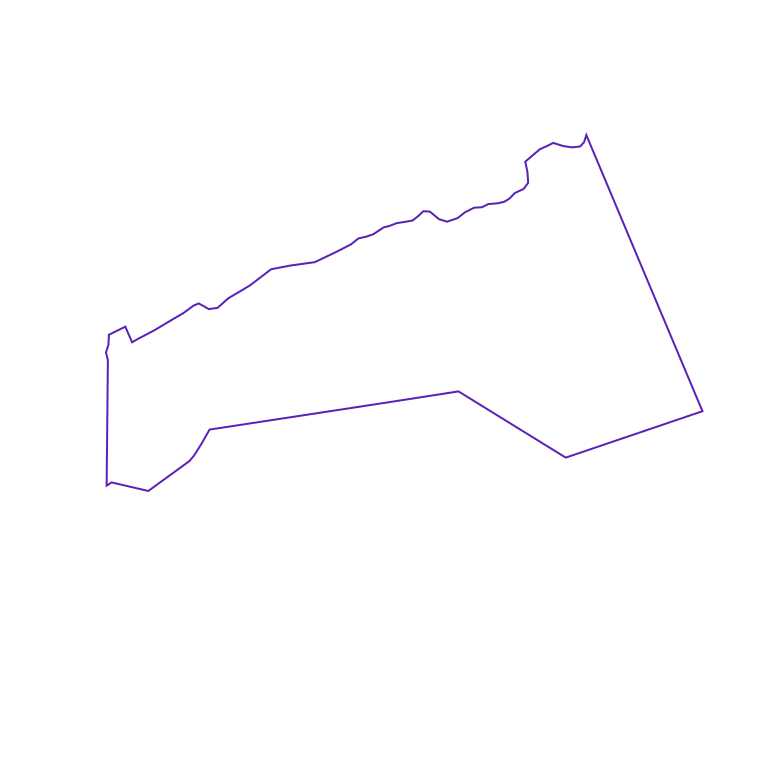 outline of Fernando Pedroza, Rio Grande do Norte, Brazil, rotated 333°
{"feature_id": "56859067B72055412128450", "entity_name": "Fernando Pedroza", "entity_type": "district", "adm_level": 2, "iso_a3": "BRA", "parent_name": "Brazil", "parent_adm1": "Rio Grande do Norte", "projection": "albers", "projection_center": [-36.408, -5.775], "detail": "fine", "context": "isolated", "style": "outline", "palette": "violet", "viewbox_px": 768, "rotation_deg": 333, "n_neighbors": 0, "source": "geoboundaries", "source_scale": "gbopen_adm2", "svg_char_len": 991}
<svg xmlns="http://www.w3.org/2000/svg" viewBox="0 0 768 768"><g transform="rotate(333 384 384)"><path d="M90.7,348.7L96.6,348.0L125.4,372.3L175.7,364.3L182.3,361.5L193.9,354.6L207.9,345.4L359.7,395.7L447.0,424.4L512.5,532.1L655.4,552.8L677.3,254.0L672.0,259.4L666.7,261.4L659.1,258.6L651.9,253.5L644.2,246.0L637.8,246.0L629.5,245.6L623.8,246.9L610.8,250.0L608.2,259.8L603.8,270.2L596.9,273.6L587.3,273.2L579.7,275.8L573.8,276.2L567.3,274.6L558.5,271.0L551.6,271.0L544.2,267.8L534.1,267.8L524.8,269.6L513.9,268.0L507.9,262.2L503.1,251.2L497.5,247.9L491.6,249.7L483.8,251.3L476.0,249.0L468.6,246.5L460.4,245.6L454.7,244.3L442.6,245.7L435.4,244.7L427.3,242.7L417.9,244.6L401.3,244.6L377.6,244.0L354.2,235.9L335.5,230.5L309.8,235.2L300.6,235.9L284.4,236.9L270.3,240.6L261.9,237.7L255.5,228.1L249.7,227.7L237.8,229.7L224.0,230.5L203.8,231.9L185.7,232.1L178.5,232.5L179.5,215.5L161.3,215.2L156.3,223.9L150.6,229.7L148.8,237.4L90.7,348.7Z" fill="none" stroke="#5b21b6" stroke-width="2"/></g></svg>